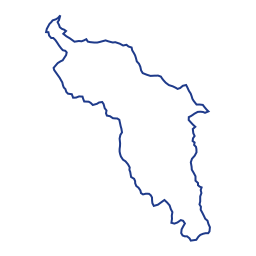 outline of Cachoeira Paulista, São Paulo, Brazil
{"feature_id": "56859067B53695933502393", "entity_name": "Cachoeira Paulista", "entity_type": "district", "adm_level": 2, "iso_a3": "BRA", "parent_name": "Brazil", "parent_adm1": "São Paulo", "projection": "mercator", "projection_center": [-44.996, -22.71], "detail": "fine", "context": "isolated", "style": "outline", "palette": "blue", "viewbox_px": 256, "rotation_deg": 0, "n_neighbors": 0, "source": "geoboundaries", "source_scale": "gbopen_adm2", "svg_char_len": 2835}
<svg xmlns="http://www.w3.org/2000/svg" viewBox="0 0 256 256"><path d="M186.1,85.0L182.8,85.8L180.2,88.0L177.6,88.9L175.6,87.7L172.7,86.3L168.9,85.1L165.7,82.7L163.5,80.3L162.1,78.5L160.9,76.6L158.1,75.6L154.2,75.7L150.4,75.9L146.7,74.7L142.7,73.1L141.1,70.4L140.3,66.7L139.0,63.8L136.8,61.4L135.9,57.9L135.1,55.4L134.0,53.3L132.2,50.3L131.6,47.5L128.5,46.5L126.5,44.8L123.1,45.5L119.8,43.7L117.4,42.9L115.3,42.2L112.8,42.5L110.4,41.9L107.9,41.2L105.6,40.4L101.8,41.4L99.6,42.0L97.4,42.5L93.9,42.5L90.0,42.1L87.8,41.6L86.3,39.2L83.7,40.5L81.5,41.3L78.9,41.0L74.5,41.7L69.8,38.3L66.4,36.3L63.3,33.8L66.0,31.0L64.2,29.7L61.8,28.8L59.8,27.2L59.1,25.1L57.6,22.1L59.0,20.1L60.3,15.4L58.0,18.0L55.9,19.3L52.6,20.4L51.3,22.1L49.5,23.9L48.2,26.3L46.8,28.9L46.1,32.1L48.4,32.2L49.1,35.5L51.2,38.0L53.3,38.0L55.3,40.0L57.0,42.4L59.0,45.5L61.1,48.3L62.8,50.2L65.3,50.8L66.7,52.4L66.1,55.1L64.3,57.8L62.7,60.3L60.6,61.3L57.7,63.1L55.3,65.9L53.6,67.9L54.2,70.1L59.6,77.7L61.1,80.4L62.3,82.4L63.0,85.4L63.8,87.5L65.4,89.1L66.3,91.9L68.0,93.7L71.8,94.2L73.1,97.7L76.0,97.6L79.1,96.4L82.5,96.6L83.2,98.9L84.2,101.5L88.7,101.7L90.6,102.8L92.8,105.0L97.0,103.8L99.0,102.5L102.2,102.0L103.6,104.1L104.7,108.2L106.5,110.5L106.0,113.3L106.9,115.6L110.0,116.2L112.9,118.2L115.0,118.4L117.3,118.5L119.3,119.8L120.0,123.0L120.7,126.3L121.4,128.7L122.0,132.4L120.4,134.9L119.6,138.6L120.1,143.2L120.0,146.1L119.6,149.0L119.6,151.6L120.1,154.0L120.9,156.5L123.0,159.7L125.5,161.3L127.9,164.2L129.7,167.4L129.4,169.8L130.2,171.9L131.1,177.0L134.1,178.8L135.1,181.1L135.2,183.3L136.3,186.0L138.5,187.7L140.4,190.5L141.0,193.1L143.0,194.4L145.9,193.7L149.0,193.8L150.8,195.3L152.0,197.5L152.1,200.7L152.4,203.2L153.8,205.9L157.9,204.7L159.7,203.4L164.4,200.0L167.2,202.6L169.6,205.4L170.9,209.3L172.4,212.1L171.8,215.7L172.0,218.8L171.4,222.8L174.4,223.6L177.4,222.5L180.8,220.1L183.1,220.8L184.9,223.5L183.3,226.2L181.6,229.4L181.2,233.1L182.6,235.5L184.7,236.3L187.0,236.3L189.5,238.3L190.8,240.6L196.3,239.8L198.4,236.7L200.3,234.9L203.0,233.8L205.5,233.2L208.2,233.2L209.5,231.4L209.9,227.2L208.4,223.9L207.5,220.7L205.2,218.7L204.0,216.1L202.2,212.5L200.7,209.8L200.9,206.7L199.5,204.4L200.2,201.5L200.2,199.0L200.2,196.4L201.4,193.1L200.7,190.0L201.6,187.4L199.6,186.6L198.0,185.2L198.0,183.0L195.5,180.7L195.5,176.3L193.6,172.7L191.8,169.7L191.6,166.8L190.8,162.3L192.0,158.7L194.7,155.7L196.5,152.3L196.4,149.1L196.0,146.9L194.1,144.9L194.6,142.5L192.6,141.0L193.0,138.3L194.6,136.0L193.3,133.2L192.8,129.0L195.3,126.8L192.8,124.5L190.6,122.1L188.7,120.0L188.8,117.1L190.7,116.2L192.6,115.0L194.4,113.7L197.7,111.9L200.4,111.7L203.1,112.0L205.0,112.8L208.4,111.4L206.5,109.5L204.4,107.0L202.8,104.9L199.5,104.5L196.5,104.5L193.6,100.8L192.4,98.8L191.7,96.4L190.7,93.6L188.9,90.8L187.3,87.3L186.1,85.0Z" fill="none" stroke="#1e3a8a" stroke-width="2"/></svg>